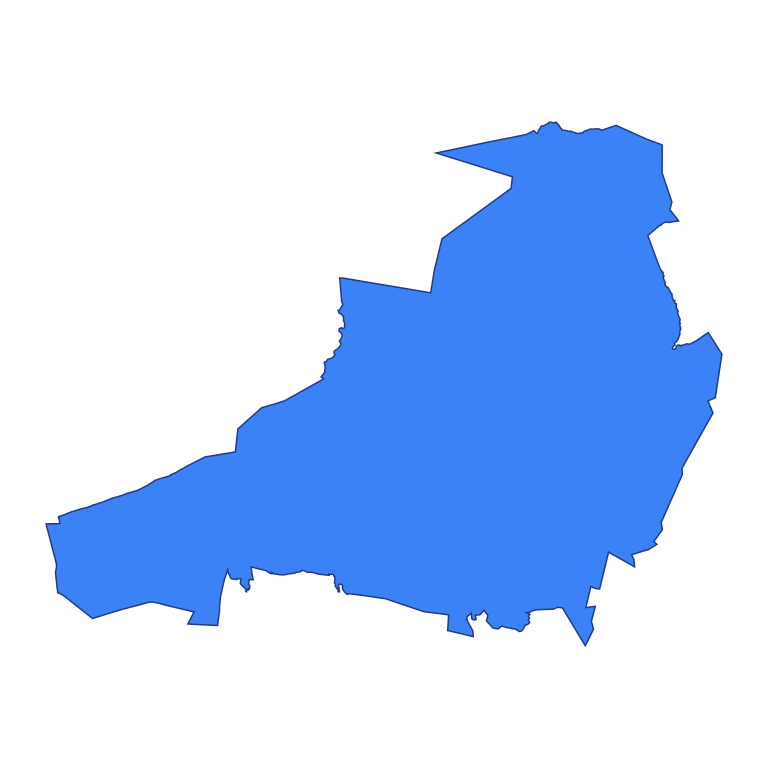 Cerro de San Pedro, San Luis Potosí, Mexico
{"feature_id": "50627088B42446893123759", "entity_name": "Cerro de San Pedro", "entity_type": "district", "adm_level": 2, "iso_a3": "MEX", "parent_name": "Mexico", "parent_adm1": "San Luis Potosí", "projection": "robinson", "projection_center": [-100.785, 22.201], "detail": "fine", "context": "isolated", "style": "filled", "palette": "blue", "viewbox_px": 768, "rotation_deg": 0, "n_neighbors": 0, "source": "geoboundaries", "source_scale": "gbopen_adm2", "svg_char_len": 6100}
<svg xmlns="http://www.w3.org/2000/svg" viewBox="0 0 768 768"><path d="M713.0,412.9L712.7,412.2L708.0,401.0L715.3,397.6L721.9,354.2L708.2,332.5L696.6,340.6L690.3,344.0L688.4,344.1L686.4,343.8L683.7,345.1L682.2,345.1L681.2,345.5L680.4,346.3L679.7,345.2L677.7,345.1L676.4,346.1L676.2,347.4L675.5,348.9L673.6,349.4L672.4,348.4L672.6,347.4L673.7,345.9L674.9,345.1L674.4,343.2L677.1,340.9L678.2,338.8L679.0,336.9L679.0,336.4L679.4,335.1L680.0,334.5L679.7,334.0L679.8,332.7L680.0,331.2L680.0,330.2L680.7,329.5L680.5,327.2L680.2,326.5L679.9,325.9L679.7,324.6L680.3,323.9L680.1,323.1L679.6,322.0L679.7,321.3L679.9,320.5L680.2,319.6L679.8,318.6L679.0,317.0L678.5,315.6L677.9,313.9L677.7,312.4L678.2,311.0L677.1,309.7L677.0,308.5L676.2,308.1L676.3,306.6L676.1,306.3L676.5,304.5L676.4,303.9L675.9,303.8L674.9,303.5L674.7,300.9L674.4,301.3L672.6,299.1L672.7,298.3L672.5,297.2L672.0,296.5L672.1,294.3L670.3,292.1L670.0,290.9L669.6,290.6L669.3,289.9L668.7,288.6L667.8,287.4L667.3,287.4L665.4,285.4L665.0,284.4L665.1,283.8L665.3,283.2L665.1,282.5L665.0,281.8L664.6,281.0L663.9,280.0L663.9,279.4L663.5,278.7L663.5,278.0L663.2,277.1L663.4,276.9L664.1,276.0L663.6,275.5L663.3,274.9L663.1,274.0L662.7,273.3L663.1,272.4L662.5,272.2L662.0,271.6L661.7,271.0L660.7,269.6L659.2,266.5L647.8,235.5L659.7,225.4L661.1,225.1L662.7,223.3L665.5,222.0L666.2,222.1L668.5,222.4L678.6,220.9L669.9,209.7L671.9,202.0L662.1,173.0L662.2,145.1L661.2,144.5L647.2,139.4L616.1,125.4L601.8,130.2L599.7,129.1L597.1,128.8L594.8,128.9L593.3,129.2L590.9,129.0L589.7,129.2L587.2,130.5L585.9,130.6L585.1,130.9L583.5,131.8L582.9,132.7L581.3,133.1L579.4,133.3L577.5,133.4L575.8,133.3L575.1,132.6L571.9,131.8L570.4,131.0L569.5,131.6L568.8,131.4L567.9,130.8L566.8,130.6L565.5,130.7L564.7,130.2L563.0,130.5L560.3,127.7L559.3,125.8L556.2,122.2L555.2,122.6L554.6,122.5L554.1,122.6L553.5,122.6L553.0,122.7L552.7,122.9L552.3,122.8L551.8,122.5L551.3,122.3L549.8,122.2L549.2,122.3L548.6,122.7L548.1,123.6L547.4,124.0L546.6,124.3L546.2,124.3L545.4,124.7L545.1,125.1L544.9,125.5L544.4,125.7L543.7,125.8L542.5,125.9L542.1,125.9L541.5,126.1L541.0,126.5L540.5,127.0L540.2,128.2L540.1,128.6L539.6,129.2L539.1,129.4L538.8,130.0L538.4,130.9L538.0,132.7L537.3,133.5L536.6,133.3L536.2,132.9L535.6,132.2L533.8,130.8L526.0,134.6L489.6,141.8L436.2,153.0L512.4,176.8L511.1,188.4L442.0,238.8L434.3,270.5L430.7,292.8L343.1,278.1L339.7,278.0L341.7,301.7L342.9,304.6L342.1,305.7L341.0,307.4L340.4,309.0L339.1,309.8L338.1,310.7L339.0,313.1L341.0,313.8L343.0,316.2L343.7,318.6L343.5,320.4L344.5,322.8L344.7,324.7L344.5,325.9L344.6,327.4L344.0,328.2L343.0,328.5L341.5,327.8L340.4,328.2L339.4,328.7L339.0,330.3L339.0,331.1L339.4,331.8L340.3,332.2L341.2,333.2L341.6,334.1L342.2,335.1L342.0,336.9L341.0,338.8L339.7,340.3L339.4,341.5L340.2,342.3L340.9,343.6L340.3,345.6L339.0,347.5L337.3,349.1L335.2,350.3L334.1,351.6L334.0,353.1L335.1,354.5L333.8,356.4L331.7,358.2L329.3,358.9L327.6,359.3L327.1,360.1L327.0,360.8L326.3,361.4L324.4,362.1L324.3,362.8L324.9,364.7L325.1,366.3L325.1,368.8L324.8,370.0L324.7,372.4L321.1,376.9L323.0,378.2L323.6,378.7L323.3,379.1L284.6,400.8L273.6,404.3L261.7,407.7L237.9,428.9L235.4,451.9L230.1,452.8L205.2,456.9L188.8,465.2L178.7,470.8L176.1,472.5L170.5,474.9L170.5,475.6L159.2,478.9L154.9,480.4L151.9,482.5L148.0,485.1L144.7,486.7L141.4,488.5L137.3,490.4L133.8,491.5L129.9,492.7L127.3,493.3L122.1,495.4L115.0,497.5L112.9,498.0L110.9,498.7L107.9,499.9L104.4,501.4L101.4,502.5L96.4,504.1L93.5,504.9L90.9,506.1L85.6,507.9L80.3,509.1L69.6,512.5L63.9,514.9L58.9,516.5L58.4,516.6L60.0,523.6L46.1,523.9L46.6,526.2L50.3,540.2L53.9,554.1L55.3,559.0L56.3,563.8L56.6,565.7L56.6,566.1L56.1,569.4L55.5,572.8L55.7,574.6L56.1,578.3L57.0,587.2L57.3,589.3L57.5,589.6L57.7,592.7L58.0,592.7L61.9,594.7L62.6,595.0L62.8,595.1L65.5,597.1L92.6,618.5L107.8,613.7L122.8,609.2L133.8,606.3L144.4,603.5L148.3,602.4L148.6,602.3L150.1,602.1L153.7,602.1L154.4,602.2L155.3,602.6L159.1,603.3L165.3,605.1L194.0,611.9L187.9,624.0L217.6,625.5L219.5,610.6L219.6,605.3L220.6,596.1L223.4,583.6L224.6,578.9L225.2,577.1L226.4,573.6L227.7,569.7L228.0,570.4L228.2,572.4L228.8,574.1L229.6,575.1L230.1,576.5L230.5,577.8L231.1,578.4L231.5,578.8L232.6,578.9L235.2,579.4L236.8,579.5L237.4,578.8L238.2,578.7L241.0,578.9L240.3,583.7L246.2,589.6L245.5,591.1L246.5,591.8L247.4,589.1L248.5,589.8L248.7,588.4L249.5,588.7L249.9,585.8L248.6,584.5L249.2,579.5L253.2,579.8L251.9,573.3L251.1,567.0L266.1,570.6L268.5,572.4L271.0,573.6L272.7,573.6L272.2,572.6L273.8,573.6L275.3,574.1L277.1,574.2L280.0,574.7L283.4,574.9L285.2,574.6L286.5,574.6L286.9,574.1L293.1,573.4L295.1,573.0L296.3,572.2L297.4,572.3L298.6,572.1L300.4,571.7L301.8,570.4L304.2,570.8L305.1,571.1L306.0,571.8L306.7,572.0L307.7,572.3L310.9,572.2L314.0,572.7L316.6,573.6L318.6,574.1L321.3,574.5L323.9,574.7L326.7,575.1L329.2,575.3L328.8,574.0L330.5,574.2L332.6,574.4L333.5,574.6L334.1,576.6L335.1,577.0L334.5,582.9L335.4,584.1L335.4,586.3L336.0,587.1L336.7,588.0L337.0,588.8L337.9,588.7L338.1,591.5L338.6,592.0L339.5,591.6L338.4,584.3L339.3,584.2L340.1,584.1L342.3,585.0L342.6,585.8L342.5,587.6L342.6,589.2L344.8,592.2L346.3,593.6L347.3,594.4L348.8,593.7L350.5,593.9L364.1,595.6L385.5,598.7L423.6,611.6L448.6,614.8L447.7,630.5L473.3,636.6L472.8,630.9L467.7,621.4L466.8,618.1L466.8,617.0L467.5,616.3L470.8,613.8L471.4,613.2L471.6,616.4L471.6,618.6L472.9,619.6L474.7,620.0L476.2,619.3L475.3,615.3L479.8,614.8L484.1,610.2L485.7,612.8L487.0,614.1L487.9,615.6L486.4,620.8L488.9,623.5L492.5,627.6L493.6,628.2L498.0,628.9L501.9,626.1L508.2,627.9L509.8,628.0L512.3,628.8L513.6,628.6L516.0,629.4L519.3,631.5L521.1,631.3L523.0,629.4L524.0,627.9L524.2,626.4L525.7,625.1L527.1,624.7L528.7,623.6L529.7,622.4L528.3,620.4L529.4,618.0L528.4,616.2L529.8,614.3L526.4,612.7L530.0,612.1L531.9,610.9L537.4,609.7L553.1,609.2L555.5,608.4L557.3,607.3L562.4,607.8L585.3,645.8L593.5,629.2L591.4,621.4L595.3,606.3L585.8,607.6L590.9,586.3L592.9,587.6L597.1,588.8L599.6,589.0L608.6,552.2L634.6,566.8L633.9,559.3L631.5,554.7L648.8,549.4L656.9,544.3L653.8,541.6L662.4,529.6L661.2,522.5L682.4,474.4L681.9,468.3L713.0,412.9Z" fill="#3b82f6" stroke="#1e3a8a" stroke-width="1.5"/></svg>